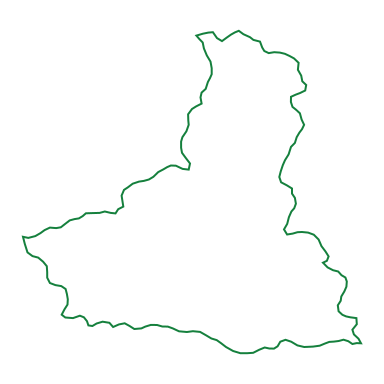 outline of Mendes Pimentel, Minas Gerais, Brazil
{"feature_id": "56859067B15829263431037", "entity_name": "Mendes Pimentel", "entity_type": "district", "adm_level": 2, "iso_a3": "BRA", "parent_name": "Brazil", "parent_adm1": "Minas Gerais", "projection": "mercator", "projection_center": [-41.353, -18.606], "detail": "fine", "context": "isolated", "style": "outline", "palette": "green", "viewbox_px": 384, "rotation_deg": 0, "n_neighbors": 0, "source": "geoboundaries", "source_scale": "gbopen_adm2", "svg_char_len": 2755}
<svg xmlns="http://www.w3.org/2000/svg" viewBox="0 0 384 384"><path d="M361.0,343.3L358.5,338.7L353.9,334.4L352.4,329.7L356.8,324.2L356.4,318.1L350.3,317.3L346.1,316.4L342.4,314.8L338.6,311.3L337.8,305.3L340.7,300.8L341.3,296.5L344.3,291.5L346.4,286.7L346.8,281.5L345.4,277.5L341.5,275.2L338.2,271.5L333.0,270.2L327.6,267.4L323.0,262.7L326.9,260.8L328.6,256.4L325.5,251.5L321.5,246.2L318.6,239.5L313.8,234.7L308.1,232.6L302.0,232.0L297.5,232.2L292.7,233.6L287.1,234.5L284.0,229.4L287.2,223.9L288.9,217.2L291.4,211.5L294.2,208.3L295.9,203.7L294.9,197.9L292.0,193.6L292.0,188.5L286.8,185.3L281.1,182.3L279.3,177.0L280.7,171.5L282.8,165.2L285.0,160.2L288.6,154.4L291.0,146.9L294.9,142.9L296.7,137.2L299.4,132.6L302.0,129.2L304.1,124.8L301.6,119.5L299.9,113.3L295.9,109.6L292.5,106.9L290.9,102.0L291.0,96.8L295.6,94.7L300.1,93.0L305.2,90.5L306.2,85.0L302.3,81.3L301.2,75.6L297.9,69.8L298.6,62.8L294.0,58.4L289.6,56.0L284.9,53.8L279.9,52.6L274.2,52.2L268.7,53.1L264.3,51.0L262.2,47.5L260.0,41.6L253.4,39.9L250.0,37.2L243.4,34.2L238.8,30.8L234.9,32.4L231.0,34.6L226.6,37.7L222.0,41.1L217.0,38.1L212.9,32.2L208.3,32.6L202.9,33.7L196.4,35.6L199.4,39.1L202.7,42.5L203.9,48.4L206.8,55.4L210.5,61.6L211.7,68.2L211.7,74.2L210.0,78.1L207.9,82.0L205.7,88.9L201.6,92.6L200.5,97.4L201.6,103.6L196.1,106.4L192.0,109.0L188.1,114.3L188.3,120.6L188.7,124.8L186.4,131.3L182.4,137.2L181.1,141.6L181.1,147.8L182.0,152.8L185.5,157.6L190.0,163.5L188.7,169.6L182.6,168.9L175.9,165.7L170.9,165.5L167.2,167.1L163.3,169.4L158.2,172.1L153.4,176.8L148.9,179.5L143.8,180.9L139.0,181.6L132.7,183.7L127.8,187.4L124.0,189.9L121.6,195.6L122.5,201.4L123.3,206.6L118.2,209.2L115.5,213.4L110.7,212.9L104.8,211.5L99.6,212.9L92.0,213.1L85.9,213.3L82.7,216.1L78.9,218.4L74.5,219.1L69.7,220.4L64.9,224.1L60.8,227.3L56.2,228.1L49.9,227.6L44.6,230.1L40.5,233.1L35.3,236.1L28.3,237.9L23.0,236.8L24.8,243.9L27.5,252.4L32.5,256.1L38.2,257.6L43.1,261.7L46.8,266.2L47.2,272.2L47.2,277.7L49.9,283.0L55.4,285.1L61.3,286.1L65.6,289.0L66.9,294.0L67.8,299.3L67.5,304.6L64.5,309.3L61.7,314.7L65.3,317.5L73.0,318.1L79.9,315.7L83.9,317.3L87.0,321.2L88.4,325.4L92.4,326.0L96.6,323.5L102.6,321.7L109.4,322.8L113.1,327.0L119.0,324.4L124.7,323.3L129.6,326.0L134.3,329.0L141.4,328.4L145.3,326.6L150.9,324.9L157.1,325.0L162.3,326.5L167.8,326.6L172.8,328.4L179.0,331.3L186.9,332.0L192.9,331.2L200.1,331.9L206.4,335.5L211.4,338.5L216.7,340.1L221.2,343.3L226.0,347.0L233.1,351.0L240.4,353.2L247.2,353.2L253.2,352.8L259.1,349.8L264.7,347.5L269.3,348.5L274.0,348.6L277.6,346.3L280.3,341.7L285.5,339.8L291.2,341.7L297.4,345.4L304.2,347.0L313.0,346.6L319.7,345.7L325.0,343.5L329.3,341.9L333.9,341.6L338.7,341.0L343.5,339.7L348.3,341.2L352.4,344.0L356.7,343.1L361.0,343.3Z" fill="none" stroke="#15803d" stroke-width="2"/></svg>